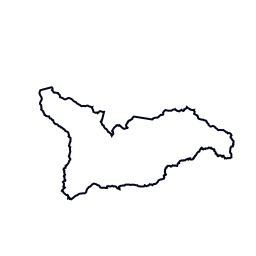 the district of Almas, Tocantins, Brazil, rotated 242°
{"feature_id": "56859067B55492829903460", "entity_name": "Almas", "entity_type": "district", "adm_level": 2, "iso_a3": "BRA", "parent_name": "Brazil", "parent_adm1": "Tocantins", "projection": "albers", "projection_center": [-47.229, -11.473], "detail": "fine", "context": "isolated", "style": "outline", "palette": "ink", "viewbox_px": 256, "rotation_deg": 242, "n_neighbors": 0, "source": "geoboundaries", "source_scale": "gbopen_adm2", "svg_char_len": 5723}
<svg xmlns="http://www.w3.org/2000/svg" viewBox="0 0 256 256"><g transform="rotate(242 128 128)"><path d="M201.2,66.8L200.2,66.1L198.4,65.9L195.6,66.0L194.2,65.6L193.6,65.1L192.2,62.9L190.8,61.7L190.3,61.6L189.0,62.1L187.7,61.6L187.3,61.2L186.1,61.1L185.2,60.0L182.5,61.0L182.0,60.7L179.5,60.7L178.7,60.4L178.3,61.0L177.1,61.3L175.9,62.6L175.2,63.8L174.2,63.5L173.0,63.7L172.2,64.7L170.8,64.7L170.0,65.6L168.6,65.2L167.2,65.2L165.5,65.8L164.4,67.2L163.2,67.7L162.5,67.6L162.0,67.9L161.3,68.8L160.8,69.0L160.2,68.9L160.0,69.4L158.6,70.2L157.3,70.5L157.0,70.9L156.4,71.2L155.5,71.4L154.9,71.2L152.9,72.9L152.3,73.1L149.1,72.5L148.5,71.5L147.5,71.8L146.6,72.6L146.0,72.5L145.4,72.1L144.8,72.0L143.9,71.1L143.2,71.0L142.1,69.4L140.7,68.4L140.4,67.7L139.8,67.5L139.3,67.6L138.8,67.5L138.2,68.0L137.1,67.0L134.1,65.9L132.5,64.2L131.6,63.7L130.9,62.5L130.2,62.6L128.8,62.3L128.0,62.6L127.2,62.2L126.6,60.7L125.0,59.0L124.0,56.7L124.0,55.5L123.5,55.6L123.0,54.5L122.2,54.2L122.5,52.8L121.9,51.7L121.4,51.5L120.3,51.9L119.4,51.0L118.2,50.8L117.8,50.5L116.2,50.5L115.9,49.0L115.3,48.6L114.7,49.0L112.8,48.0L111.4,48.3L110.9,47.7L111.4,47.3L110.9,45.2L109.1,45.4L107.4,44.5L106.9,43.5L106.4,43.3L105.9,43.4L105.5,44.1L105.0,44.3L104.0,40.6L103.6,40.0L102.9,40.3L102.8,40.9L101.0,40.8L98.3,41.8L97.8,42.1L97.4,42.7L97.3,43.2L96.6,43.4L95.6,42.8L94.8,42.7L94.1,42.2L94.1,43.6L93.4,43.6L92.6,43.2L92.0,44.4L91.6,44.7L92.1,45.9L92.0,46.7L92.5,48.3L92.7,50.5L92.4,51.9L92.7,52.6L92.8,54.1L91.6,57.3L90.6,59.2L90.9,59.9L90.9,60.8L92.7,62.5L93.4,63.4L93.7,64.8L94.3,65.6L94.0,67.2L94.4,67.9L94.5,68.7L95.0,70.1L94.9,71.9L93.0,73.7L91.7,74.3L91.3,75.0L90.6,75.5L88.7,75.6L87.6,76.5L86.4,79.2L85.4,80.2L84.9,81.5L85.9,81.7L86.3,82.2L85.9,83.5L85.2,84.1L84.5,85.1L84.4,86.9L83.1,87.8L83.0,88.6L82.0,89.8L81.6,90.0L81.0,89.9L80.0,90.2L77.9,91.8L79.1,92.3L79.7,92.2L80.3,92.3L80.5,92.8L80.3,94.6L79.4,97.1L79.0,97.4L78.8,98.0L79.2,98.8L79.0,99.6L77.3,102.8L76.4,103.5L76.2,104.8L75.1,106.6L73.2,108.8L73.1,109.4L71.8,109.7L69.7,112.9L68.9,114.8L69.6,115.9L68.0,116.8L67.9,118.4L67.5,119.0L68.1,120.9L67.6,121.2L67.0,122.4L66.1,122.7L66.4,124.5L65.8,125.6L65.7,126.4L66.3,128.7L67.4,130.2L67.3,132.6L66.9,133.1L66.7,135.3L66.4,135.8L67.2,136.8L68.6,137.0L69.3,137.3L69.3,137.9L68.8,139.0L69.1,139.7L69.7,139.6L70.0,139.2L70.6,139.7L71.9,139.8L72.2,140.3L73.8,141.1L74.1,141.9L74.8,142.2L74.9,143.7L75.7,144.0L75.7,144.8L75.9,145.3L74.6,147.7L73.9,147.6L73.6,148.4L74.1,150.0L72.9,151.1L73.0,151.6L72.8,152.2L71.8,152.9L71.4,153.6L73.2,155.3L73.4,155.9L73.1,156.5L73.6,156.5L74.4,158.2L74.2,160.3L73.8,160.6L73.1,161.9L73.3,162.3L72.6,163.2L72.9,164.4L72.6,166.6L71.8,166.5L71.9,167.4L72.3,168.2L72.0,168.7L71.1,168.3L70.6,168.7L70.0,170.1L70.2,171.6L70.7,171.6L71.0,172.1L71.5,174.0L72.0,174.2L72.1,175.4L73.2,176.8L73.7,177.9L73.9,178.5L73.7,179.9L74.8,181.1L76.1,183.6L75.5,184.0L75.0,184.1L74.5,183.7L73.8,184.3L74.0,185.4L73.2,186.4L73.5,187.0L72.5,188.8L72.8,190.2L71.2,191.4L71.5,192.0L70.4,192.2L70.2,192.8L68.7,193.3L68.8,194.0L68.1,194.1L66.9,193.4L65.7,194.0L64.9,193.9L64.3,193.4L63.9,193.9L63.3,193.7L62.5,194.5L61.8,194.0L61.2,194.0L60.7,194.4L60.7,196.5L60.3,197.0L59.6,197.3L58.9,197.3L58.5,197.5L59.0,198.3L58.7,199.3L58.0,199.1L56.4,199.4L55.8,199.3L55.8,199.9L54.8,200.6L54.7,202.2L54.1,202.6L53.5,204.1L53.6,205.6L54.3,205.8L55.6,206.6L56.9,207.1L58.2,206.6L59.4,207.0L59.8,207.5L61.0,208.2L62.4,209.3L63.1,210.6L62.5,211.9L63.7,212.6L63.8,213.4L64.3,213.6L64.9,213.5L65.9,214.6L67.2,215.1L67.7,214.6L70.2,214.5L71.3,214.1L71.8,214.2L72.4,214.7L72.8,215.9L74.3,216.0L75.4,215.5L76.3,214.8L76.5,213.5L77.8,213.4L78.1,212.7L79.7,212.2L80.8,211.5L81.6,211.2L82.0,210.0L83.4,207.8L83.5,206.9L84.2,206.4L85.2,206.3L87.1,205.3L87.7,205.4L89.3,204.6L90.1,203.6L90.3,201.8L90.8,201.4L92.7,200.6L93.9,200.9L94.9,200.4L96.2,200.5L96.6,200.2L97.4,200.4L98.1,200.2L99.3,198.6L100.0,198.4L100.7,197.1L103.0,194.7L104.2,194.6L104.7,195.0L105.9,194.8L106.3,195.2L109.4,193.0L111.0,194.5L112.5,194.3L113.0,194.8L113.4,193.6L114.9,191.7L115.8,191.5L117.0,190.5L118.9,189.8L118.0,188.7L118.1,187.7L117.9,187.1L118.1,186.4L117.2,185.8L117.1,184.8L118.3,183.9L118.9,183.8L118.8,183.2L118.9,182.6L118.6,181.1L120.5,179.1L121.0,179.1L121.5,178.6L122.6,178.5L122.6,177.5L123.1,176.6L122.9,174.5L124.4,171.6L126.3,169.4L125.9,167.8L125.2,166.3L123.7,165.7L123.4,165.3L123.7,163.9L124.2,163.2L123.7,160.8L123.4,160.2L123.4,158.6L124.1,157.5L124.5,155.8L124.6,154.3L124.1,153.8L124.3,153.2L135.3,138.6L135.1,137.6L134.7,136.5L134.1,136.1L133.9,135.6L134.1,133.9L133.7,133.5L134.1,131.9L133.7,131.4L133.5,130.6L133.0,130.4L132.7,129.4L131.5,127.6L130.0,127.2L127.7,128.1L128.6,127.2L129.0,124.2L130.8,123.0L132.7,122.5L134.6,121.7L134.2,121.1L134.6,120.4L135.5,120.0L135.8,119.0L135.3,118.3L134.8,115.9L132.8,112.5L132.3,112.5L131.8,113.0L129.7,112.2L129.3,111.4L129.2,110.5L128.8,110.0L129.7,110.0L130.2,110.3L130.7,110.3L132.5,109.4L133.1,109.4L134.0,108.5L134.9,108.7L136.4,108.6L137.5,108.3L137.9,107.8L138.8,107.5L140.7,107.3L141.3,107.7L142.0,107.5L142.4,107.0L143.0,106.7L143.9,107.0L146.4,106.9L146.6,108.2L147.3,108.3L147.8,109.3L153.5,114.4L154.0,113.2L155.9,111.5L156.0,110.7L155.4,108.0L156.3,107.8L156.7,106.4L158.4,105.1L160.9,105.7L162.7,105.5L163.2,106.1L163.3,105.5L164.3,105.1L165.1,103.9L166.1,103.4L166.7,102.8L167.2,101.6L167.3,100.4L168.1,99.6L169.2,97.1L171.4,96.1L171.8,95.6L174.1,94.3L175.4,94.1L176.1,93.4L177.3,92.7L180.1,91.8L182.0,90.2L182.5,89.5L182.6,86.6L182.9,85.7L183.4,85.2L185.2,84.3L187.1,82.5L189.1,83.2L189.9,83.0L190.7,82.5L191.8,82.6L192.7,81.2L193.3,80.7L193.7,79.6L194.4,79.0L195.2,79.2L197.2,78.7L197.7,79.7L198.7,80.0L199.8,79.8L202.5,68.4L201.2,66.8Z" fill="none" stroke="#020617" stroke-width="2"/></g></svg>